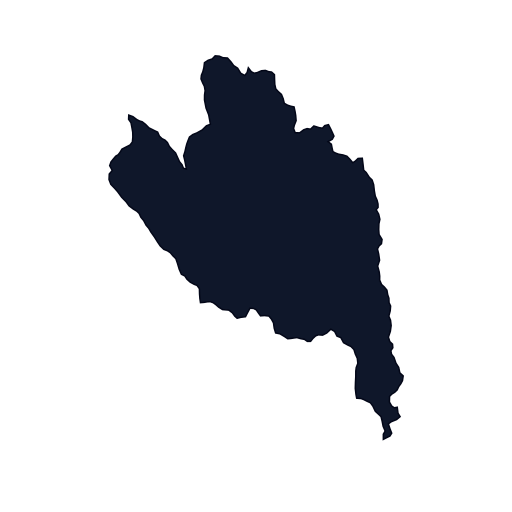 Arcos, Minas Gerais, Brazil, rotated 169°
{"feature_id": "56859067B46067888754995", "entity_name": "Arcos", "entity_type": "district", "adm_level": 2, "iso_a3": "BRA", "parent_name": "Brazil", "parent_adm1": "Minas Gerais", "projection": "equal_earth", "projection_center": [-45.55, -20.235], "detail": "fine", "context": "isolated", "style": "filled", "palette": "ink", "viewbox_px": 512, "rotation_deg": 169, "n_neighbors": 0, "source": "geoboundaries", "source_scale": "gbopen_adm2", "svg_char_len": 3800}
<svg xmlns="http://www.w3.org/2000/svg" viewBox="0 0 512 512"><g transform="rotate(169 256 256)"><path d="M319.4,220.8L315.9,220.4L312.2,220.3L309.4,219.8L306.9,218.3L304.6,215.8L302.4,212.9L299.1,209.8L293.1,208.1L290.0,204.7L288.3,201.0L286.4,198.5L282.7,198.7L277.9,198.4L275.4,201.6L271.9,205.9L268.4,205.0L266.0,203.1L264.5,199.6L263.0,196.4L259.0,195.9L254.8,194.6L252.9,191.1L251.6,187.0L251.9,181.6L251.4,176.7L247.3,175.0L243.3,171.4L240.6,168.7L237.4,168.4L234.6,168.3L231.4,168.1L227.8,166.3L224.3,164.9L221.9,162.4L218.7,161.8L215.9,164.2L212.7,166.2L209.8,166.7L205.7,165.6L201.3,166.9L196.5,169.9L193.2,166.9L191.8,161.9L188.3,159.7L186.6,154.2L182.9,151.1L180.0,149.0L177.7,145.5L177.2,140.8L176.1,136.3L176.5,131.2L178.9,127.4L180.0,124.0L181.1,118.5L182.5,112.9L183.8,107.1L184.3,100.8L184.3,97.2L180.0,96.0L177.6,94.5L174.8,92.3L171.7,90.1L169.9,86.3L168.5,80.8L166.2,77.7L163.9,74.5L163.7,70.0L163.7,64.6L162.6,59.5L165.0,56.8L166.0,51.7L162.6,52.7L158.9,53.7L156.6,56.2L157.5,61.0L158.1,66.0L154.8,67.5L149.2,68.6L145.2,70.8L146.6,74.6L146.2,80.6L149.2,80.6L151.4,82.8L152.9,87.2L151.7,92.7L149.1,94.5L145.8,95.8L143.0,97.6L140.8,100.6L138.2,103.0L136.0,105.7L134.4,110.2L137.1,113.9L137.2,119.4L139.1,124.2L139.9,130.1L141.7,133.7L141.7,137.3L139.2,139.8L138.8,143.4L141.0,146.5L141.5,151.1L138.5,156.4L136.6,161.9L136.2,167.3L137.1,171.6L134.7,176.6L133.4,181.2L134.3,184.8L133.6,189.2L134.1,192.8L134.0,197.5L135.9,201.0L138.2,204.1L139.2,208.8L138.4,212.6L138.1,216.8L138.5,222.9L135.5,228.3L135.2,234.5L135.4,239.8L133.3,242.4L130.5,244.1L129.1,248.2L131.1,253.6L130.5,258.5L129.2,264.2L127.4,268.4L127.6,273.7L129.2,278.5L126.9,280.4L126.3,283.8L126.5,287.7L127.5,292.0L127.4,297.4L126.9,303.5L127.5,308.4L129.8,311.7L131.9,316.9L133.9,319.7L133.4,326.0L133.0,331.7L137.2,332.3L140.4,330.2L143.2,329.1L145.4,333.1L147.7,336.6L151.3,338.6L155.5,340.2L158.3,341.9L160.6,343.8L160.7,347.5L160.7,351.4L163.5,354.5L158.9,356.0L156.6,358.8L157.4,362.3L158.4,366.3L159.8,371.1L163.6,370.9L166.4,368.8L169.6,370.0L174.4,372.6L178.3,370.1L181.5,371.3L185.1,370.8L189.6,368.6L194.0,369.5L194.8,374.0L193.4,377.1L190.8,381.2L190.2,386.5L190.1,390.4L190.2,395.1L193.3,396.4L196.3,398.1L199.1,400.5L199.3,405.2L200.2,409.8L202.8,413.2L204.7,416.3L204.8,420.8L204.1,425.6L203.3,430.5L205.6,433.6L208.5,434.6L211.4,436.4L215.3,436.8L219.8,435.8L222.9,435.8L225.4,437.8L227.6,442.2L229.7,437.8L232.6,435.4L236.1,438.3L238.2,443.9L241.6,447.2L243.5,451.3L246.2,455.8L250.7,457.0L253.9,459.2L257.9,460.3L261.4,457.8L265.6,457.3L269.7,455.6L271.3,450.7L273.1,446.9L275.1,443.9L276.2,440.3L275.3,436.0L274.3,432.4L274.4,428.0L275.8,423.9L276.8,419.0L276.8,414.9L276.8,410.7L275.5,403.6L275.6,394.0L279.8,393.3L284.8,390.0L290.6,388.1L294.8,387.3L298.6,385.5L300.8,382.1L302.5,379.3L304.1,376.0L305.8,372.1L307.9,368.2L307.7,363.7L307.7,360.0L307.7,354.6L310.5,356.0L311.2,359.7L313.1,363.2L314.1,367.4L315.3,372.5L318.1,376.6L320.2,380.2L321.3,384.3L323.2,387.1L325.9,389.2L328.0,392.2L328.9,396.4L331.4,398.2L333.7,400.0L336.6,402.2L339.3,406.3L342.1,409.5L344.6,410.8L346.9,412.6L350.2,416.3L354.0,418.6L355.0,414.5L353.3,410.7L353.3,406.1L353.4,401.1L354.2,396.3L355.6,391.5L358.5,389.0L363.1,387.7L367.2,386.5L369.8,383.6L372.0,381.7L374.6,380.8L377.7,378.3L380.4,376.0L382.4,372.6L380.8,367.4L384.4,364.5L385.7,359.1L384.8,354.0L382.0,349.7L379.6,345.6L376.6,339.2L373.2,334.1L371.0,329.4L367.5,325.5L364.5,322.8L362.6,320.1L361.6,316.0L359.5,312.2L358.0,307.2L356.0,303.7L354.6,299.6L352.0,293.9L350.1,288.9L348.1,284.2L345.2,280.1L341.9,278.0L339.4,275.5L337.5,272.0L335.2,268.7L334.5,263.8L333.9,257.6L332.7,252.3L329.7,250.0L328.2,246.4L325.6,242.9L322.1,240.0L319.5,238.4L317.8,234.7L318.7,229.3L319.2,224.9L319.4,220.8Z" fill="#0f172a" stroke="#020617" stroke-width="1.5"/></g></svg>